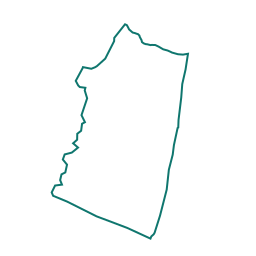 Niagara, New York, United States of America (Robinson projection), rotated 114°
{"feature_id": "52423323B57402250817644", "entity_name": "Niagara", "entity_type": "district", "adm_level": 2, "iso_a3": "USA", "parent_name": "United States of America", "parent_adm1": "New York", "projection": "robinson", "projection_center": [-78.823, 43.197], "detail": "fine", "context": "isolated", "style": "outline", "palette": "teal", "viewbox_px": 256, "rotation_deg": 114, "n_neighbors": 0, "source": "geoboundaries", "source_scale": "gbopen_adm2", "svg_char_len": 1059}
<svg xmlns="http://www.w3.org/2000/svg" viewBox="0 0 256 256"><g transform="rotate(114 128 128)"><path d="M219.9,62.5L217.6,62.6L214.7,61.3L212.8,61.1L195.0,63.1L168.5,67.6L149.5,73.7L134.2,76.3L124.9,79.1L107.8,82.7L107.1,82.3L100.1,85.1L78.4,91.8L65.8,96.3L51.2,99.2L35.8,103.4L38.6,107.6L40.3,112.4L41.2,118.6L41.1,120.0L41.1,123.3L41.8,127.9L41.2,133.1L41.1,136.8L42.5,140.2L43.1,141.1L43.7,144.5L44.2,146.0L44.3,148.1L43.8,150.2L42.2,151.4L41.4,152.5L39.9,154.4L38.9,155.2L38.2,157.0L38.4,158.8L38.5,160.4L38.9,162.6L37.5,167.1L36.0,168.9L34.5,170.9L34.5,172.9L51.3,177.2L54.3,176.0L73.9,177.0L84.2,181.6L85.9,182.8L88.8,185.6L90.7,193.9L91.8,193.8L106.2,194.9L109.4,190.8L110.2,188.7L108.6,183.3L111.3,182.8L117.5,177.4L135.2,175.7L140.2,169.7L142.8,171.7L149.6,169.7L153.9,172.0L159.4,169.7L164.3,171.9L166.2,165.7L173.3,169.3L177.9,175.1L183.3,174.7L186.3,168.8L194.1,167.2L197.4,169.9L203.2,168.8L206.6,165.3L210.2,171.2L217.9,171.5L220.4,168.8L220.0,153.8L221.5,120.8L219.6,88.2L219.9,62.5Z" fill="none" stroke="#0f766e" stroke-width="2"/></g></svg>